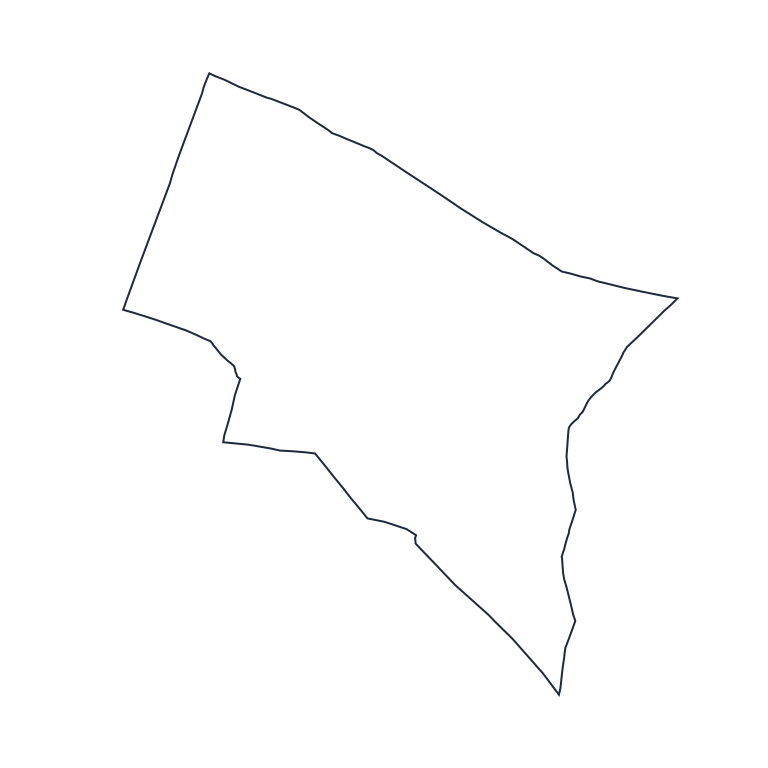 Al-Chibayish, Dhi-Qar, Iraq (Equal Earth projection), rotated 291°
{"feature_id": "34846034B42892596396596", "entity_name": "Al-Chibayish", "entity_type": "district", "adm_level": 2, "iso_a3": "IRQ", "parent_name": "Iraq", "parent_adm1": "Dhi-Qar", "projection": "equal_earth", "projection_center": [46.896, 30.862], "detail": "fine", "context": "isolated", "style": "outline", "palette": "slate", "viewbox_px": 768, "rotation_deg": 291, "n_neighbors": 0, "source": "geoboundaries", "source_scale": "gbopen_adm2", "svg_char_len": 2470}
<svg xmlns="http://www.w3.org/2000/svg" viewBox="0 0 768 768"><g transform="rotate(291 384 384)"><path d="M156.6,658.7L159.3,658.3L163.7,657.6L177.6,653.9L184.8,652.1L193.0,650.3L198.5,648.8L202.6,647.9L210.4,647.9L223.0,647.7L231.4,647.5L236.7,643.1L245.4,637.3L252.6,632.2L259.9,627.1L266.2,622.2L271.8,618.9L276.9,616.5L280.7,614.7L285.1,612.7L286.2,611.8L289.3,611.6L294.5,611.4L298.9,610.8L306.9,610.1L310.3,610.1L314.5,609.2L317.9,609.0L326.0,608.7L331.6,608.3L335.2,608.1L343.8,602.5L350.5,599.0L353.7,596.6L358.3,593.3L367.0,587.9L370.1,586.1L372.3,584.9L377.4,582.6L381.6,580.4L385.9,579.1L392.7,577.1L400.4,574.7L408.0,572.5L410.6,572.4L413.8,573.3L417.2,574.9L421.7,577.3L425.4,577.8L429.3,579.5L437.5,580.2L442.4,580.9L446.9,582.4L452.3,584.8L457.3,588.0L461.0,590.0L463.5,590.8L465.5,592.2L468.1,593.5L471.4,593.9L476.2,593.9L482.9,594.6L485.8,595.0L495.4,596.1L499.5,596.3L505.9,597.7L519.1,604.1L534.7,611.2L553.2,619.6L560.4,623.4L567.4,626.5L569.1,627.3L567.4,618.7L566.1,611.9L562.7,591.8L559.8,573.6L558.8,565.5L557.6,555.8L556.4,546.4L556.4,538.6L554.9,529.5L553.9,518.2L552.7,509.7L553.4,506.5L555.1,498.7L558.3,488.0L559.5,482.5L559.7,476.7L565.3,452.4L567.2,437.8L568.9,427.7L569.2,425.5L570.4,418.0L575.5,392.4L578.3,380.6L580.3,372.0L582.7,361.3L589.5,329.9L593.9,310.2L596.3,299.8L597.0,294.6L598.5,290.4L599.0,285.6L598.9,280.7L599.4,260.6L599.7,253.5L599.6,248.0L599.6,245.4L601.1,240.9L602.1,236.3L603.8,228.3L606.2,218.2L609.6,206.9L609.8,200.1L609.8,193.6L609.8,185.9L609.8,180.1L609.8,176.2L609.3,172.0L609.5,157.7L609.5,150.6L609.5,148.0L609.5,145.4L609.5,141.9L610.9,125.4L610.9,116.3L611.4,109.6L605.6,109.3L599.3,109.3L596.1,109.3L590.2,110.0L523.4,110.7L503.3,111.4L495.3,112.2L445.4,112.6L411.0,112.9L369.7,113.6L359.8,113.9L360.0,116.5L360.8,124.8L362.1,147.0L362.6,165.4L363.1,180.6L362.6,191.3L362.0,198.9L361.8,203.8L361.8,206.6L360.7,208.6L359.2,210.7L357.6,213.5L353.2,221.1L349.8,229.4L348.5,233.6L346.9,237.7L344.6,239.5L342.3,240.9L340.2,242.9L338.6,244.0L337.8,245.7L337.3,248.0L336.9,248.0L320.0,248.8L305.8,251.0L290.0,252.5L278.8,253.3L272.0,254.8L278.7,278.9L283.2,301.4L284.6,310.8L288.4,322.6L292.2,335.6L294.4,344.5L287.4,356.8L279.3,370.5L271.9,383.5L265.7,393.7L258.7,406.2L255.7,411.4L252.6,416.8L255.5,433.7L256.6,457.1L254.3,468.2L251.5,468.2L246.4,470.7L243.7,476.2L234.4,496.0L221.8,522.5L205.6,565.1L202.3,571.9L192.1,595.4L170.8,636.1L156.6,658.7Z" fill="none" stroke="#1e293b" stroke-width="2"/></g></svg>